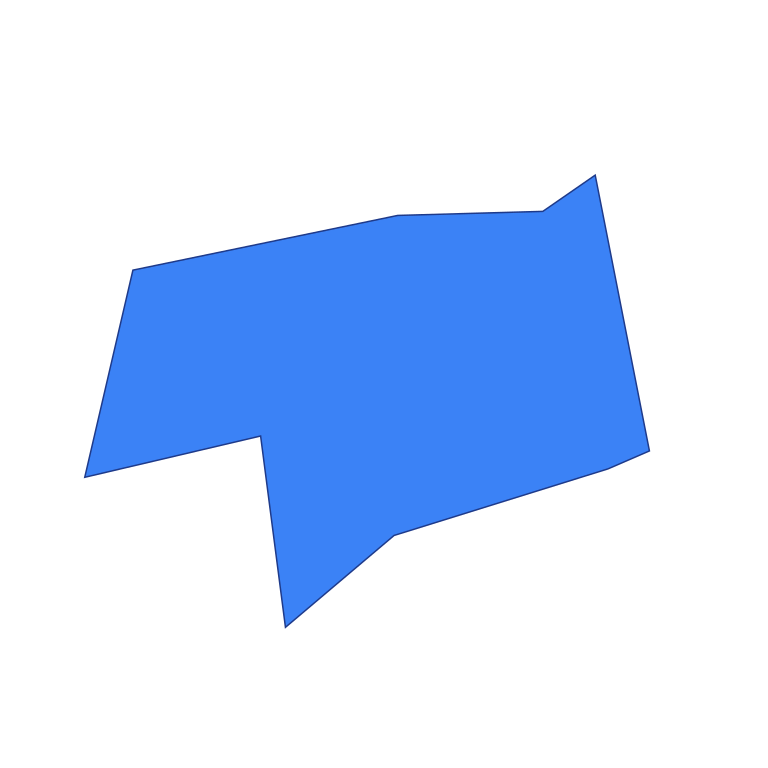 outline of Devonshire, rotated 17°
{"feature_id": "BMU-5136", "entity_name": "Devonshire", "entity_type": "state/province", "adm_level": 1, "iso_a3": "BMU", "parent_name": "Bermuda", "parent_adm1": "", "projection": "equal_earth", "projection_center": [-64.76, 32.301], "detail": "fine", "context": "isolated", "style": "filled", "palette": "blue", "viewbox_px": 768, "rotation_deg": 17, "n_neighbors": 0, "source": "natural_earth", "source_scale": "10m", "svg_char_len": 302}
<svg xmlns="http://www.w3.org/2000/svg" viewBox="0 0 768 768"><g transform="rotate(17 384 384)"><path d="M110.6,348.5L347.8,218.8L485.4,172.5L524.9,122.5L657.4,370.4L623.0,399.7L437.9,525.9L360.9,645.5L281.2,469.8L125.1,560.7L110.6,348.5Z" fill="#3b82f6" stroke="#1e3a8a" stroke-width="1.5"/></g></svg>